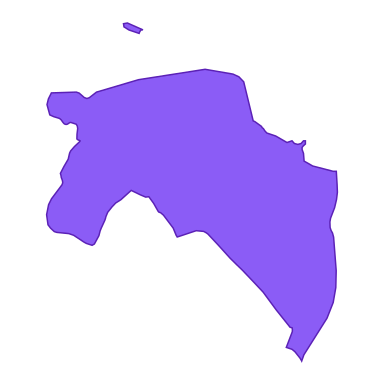 map outline of Groningen (Mercator projection)
{"feature_id": "NLD-897", "entity_name": "Groningen", "entity_type": "Province", "adm_level": 1, "iso_a3": "NLD", "parent_name": "Netherlands", "parent_adm1": "", "projection": "mercator", "projection_center": [6.616, 53.2], "detail": "fine", "context": "isolated", "style": "filled", "palette": "violet", "viewbox_px": 384, "rotation_deg": 0, "n_neighbors": 0, "source": "natural_earth", "source_scale": "10m", "svg_char_len": 1958}
<svg xmlns="http://www.w3.org/2000/svg" viewBox="0 0 384 384"><path d="M336.3,171.3L337.1,184.7L337.4,192.3L336.5,199.6L334.6,207.7L330.6,218.1L329.9,221.9L330.1,227.5L331.1,230.5L332.5,233.0L333.6,237.1L336.2,270.7L335.8,287.6L333.2,302.5L327.0,318.2L303.9,354.8L301.7,361.0L301.6,360.8L300.0,358.1L294.9,351.7L292.0,349.3L286.3,347.4L292.3,331.7L292.4,329.8L292.1,327.8L290.1,327.3L276.3,310.0L263.1,292.1L252.2,280.5L242.3,270.1L237.0,265.0L230.3,258.4L217.9,244.7L208.0,234.1L206.4,232.9L203.7,231.4L196.2,230.7L178.8,236.5L177.2,237.0L176.7,236.1L176.2,235.4L173.2,228.1L163.5,215.2L160.6,212.7L159.0,212.2L158.2,211.4L153.6,203.3L148.8,196.7L145.7,197.1L140.5,194.9L131.2,190.4L120.9,199.7L115.7,203.0L112.0,206.9L107.7,212.3L105.8,216.9L105.6,218.0L104.8,220.4L101.3,228.0L100.1,231.0L98.9,235.7L94.4,244.0L92.1,245.3L86.3,243.4L83.8,242.0L73.7,235.3L68.8,233.6L56.8,232.4L54.3,231.6L50.6,228.2L48.0,224.8L46.6,214.7L48.6,204.6L51.5,198.8L62.0,184.8L62.7,182.9L62.6,181.6L62.3,180.2L61.8,178.8L61.3,177.6L61.0,175.6L60.4,173.4L64.0,166.4L68.2,159.2L69.6,153.1L70.6,151.0L74.5,146.5L79.2,142.1L80.0,141.2L80.0,140.7L78.1,139.9L77.4,139.5L76.9,138.9L77.0,134.3L77.7,128.4L77.2,125.8L76.2,124.2L71.0,122.5L70.0,122.5L69.3,122.9L67.7,124.0L66.7,124.4L65.8,124.4L65.0,124.2L64.0,123.6L62.9,122.3L61.2,119.9L60.1,118.9L59.1,118.3L53.8,116.7L49.8,114.9L47.0,104.6L48.4,98.9L51.4,92.9L76.3,92.1L79.2,93.1L84.2,97.5L86.9,98.5L89.3,97.7L96.5,92.1L138.5,79.7L205.1,69.3L233.0,74.1L238.9,76.8L243.7,81.8L253.2,120.9L254.7,121.5L261.5,126.4L262.1,127.6L263.4,128.6L264.8,130.8L266.8,133.0L275.7,136.0L287.0,142.5L292.0,140.8L294.4,143.5L297.8,144.4L301.1,143.5L303.5,140.8L305.4,140.8L305.4,144.0L303.2,146.0L302.1,147.4L302.1,149.5L303.5,153.4L304.1,161.1L312.7,166.0L333.1,171.3L336.3,171.3ZM123.5,23.7L127.4,23.0L143.0,29.9L141.7,29.8L140.7,30.4L139.8,31.6L139.1,33.4L129.0,30.0L124.0,26.9L123.5,23.7Z" fill="#8b5cf6" stroke="#5b21b6" stroke-width="1.5"/></svg>